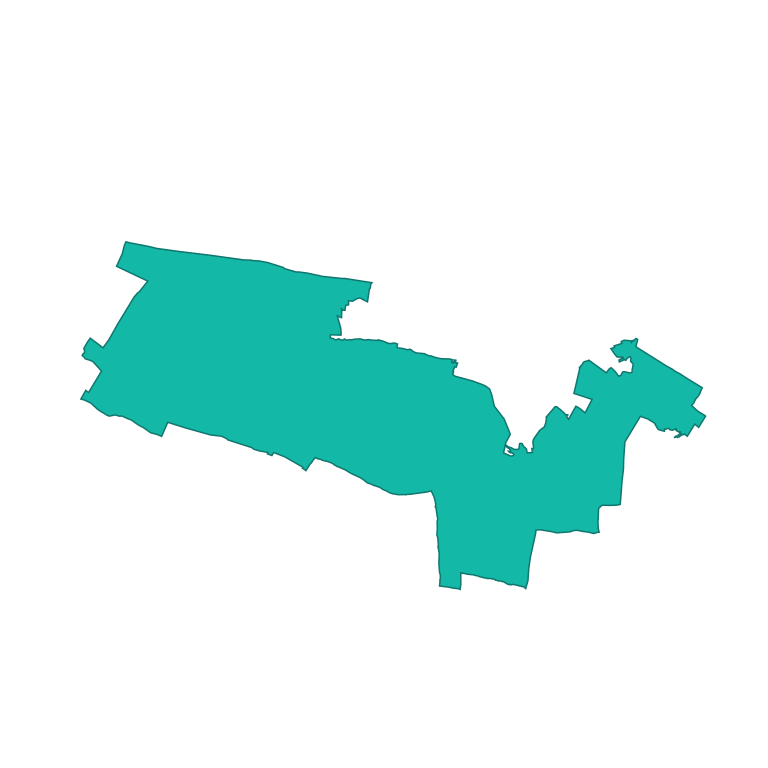 outline of Beresti-Meria, Galati, Romania, rotated 120°
{"feature_id": "2599482B493260480415", "entity_name": "Beresti-Meria", "entity_type": "district", "adm_level": 2, "iso_a3": "ROU", "parent_name": "Romania", "parent_adm1": "Galati", "projection": "albers", "projection_center": [27.919, 46.071], "detail": "fine", "context": "isolated", "style": "filled", "palette": "teal", "viewbox_px": 768, "rotation_deg": 120, "n_neighbors": 0, "source": "geoboundaries", "source_scale": "gbopen_adm2", "svg_char_len": 6163}
<svg xmlns="http://www.w3.org/2000/svg" viewBox="0 0 768 768"><g transform="rotate(120 384 384)"><path d="M526.4,237.3L526.5,237.0L531.2,234.9L527.6,226.5L526.5,222.8L524.0,216.9L523.9,215.4L519.0,217.3L509.2,223.1L508.9,221.5L508.4,221.2L508.1,219.9L507.5,218.9L507.5,217.8L506.9,216.4L504.5,211.0L504.1,208.9L503.1,206.2L503.2,205.2L502.0,201.6L502.0,200.6L501.3,199.5L500.9,197.4L499.2,194.5L498.9,193.0L498.2,192.4L497.9,190.4L498.2,189.3L497.7,188.5L497.2,185.9L496.3,184.8L496.2,183.1L495.4,181.8L495.6,180.4L495.3,179.5L495.7,178.6L495.4,178.0L495.6,177.1L495.3,175.7L494.7,175.2L494.8,174.0L493.4,172.6L492.2,169.9L491.9,168.2L491.3,167.2L491.4,166.4L491.0,165.9L491.1,165.5L490.5,164.5L490.6,163.9L489.8,161.5L490.3,159.0L482.4,161.0L472.0,166.1L460.9,170.6L437.8,177.9L434.5,179.4L432.0,175.5L430.9,172.6L428.3,165.7L426.5,159.9L419.0,148.9L416.0,146.4L414.1,143.5L412.1,137.6L410.4,133.8L408.5,127.4L405.7,124.9L404.8,123.6L401.8,126.3L397.6,129.1L384.5,135.9L380.5,134.8L379.6,134.0L376.6,128.4L372.8,122.2L370.2,119.2L348.2,129.7L337.7,134.2L329.7,138.6L313.7,146.4L283.8,145.8L282.4,138.1L282.6,130.3L286.1,124.3L286.2,123.0L284.7,117.5L282.8,118.5L282.5,117.6L280.8,116.3L280.1,115.1L280.6,114.1L280.4,113.8L280.5,112.9L279.7,111.0L276.7,108.7L277.0,108.2L277.7,108.4L278.2,107.6L278.1,105.6L277.4,103.7L278.4,104.0L278.6,102.9L278.2,102.1L278.5,101.8L280.8,103.6L281.9,103.6L283.6,105.4L285.5,105.9L283.2,104.1L283.6,103.2L282.5,102.6L282.1,101.7L280.9,101.5L278.7,100.1L278.2,99.4L277.2,99.0L277.6,95.2L263.4,94.8L264.2,89.8L251.1,89.4L250.8,90.7L250.7,98.3L248.9,106.8L245.1,106.2L241.6,106.6L237.8,105.8L233.9,105.7L232.7,106.1L228.1,106.5L227.7,124.0L227.2,132.4L227.4,138.4L227.0,142.3L227.2,147.4L225.8,184.5L218.5,186.6L218.6,188.6L221.9,189.6L221.8,190.2L222.3,190.5L224.2,190.5L223.1,191.7L226.0,197.9L228.7,199.8L230.0,198.3L235.9,203.8L237.1,202.6L239.9,205.2L242.5,199.9L244.0,195.8L243.7,194.8L242.4,192.7L242.1,191.3L241.4,190.7L242.0,189.5L243.8,190.9L244.1,191.7L245.8,192.5L246.1,192.0L246.9,191.7L247.2,191.2L242.8,188.0L242.6,186.4L241.0,186.4L239.8,186.0L237.2,184.8L237.5,184.0L238.5,183.0L241.0,181.8L242.3,178.0L247.2,176.4L249.7,175.1L251.4,176.2L253.0,181.7L253.9,183.1L254.8,183.4L258.2,183.2L259.9,184.8L257.7,189.7L256.3,195.4L258.6,196.6L263.2,197.1L260.9,218.5L261.7,218.9L264.4,221.6L265.7,222.2L268.0,222.0L269.3,222.6L271.8,222.6L271.9,223.0L273.5,222.0L297.2,214.8L293.3,196.1L308.4,195.4L307.5,200.8L307.2,203.7L307.3,206.7L322.3,206.5L321.1,209.1L320.6,209.5L319.5,209.6L318.4,209.0L319.9,211.3L319.2,213.0L317.9,218.8L317.7,221.2L317.3,222.3L317.8,224.2L318.1,224.5L331.7,227.0L332.3,226.2L337.1,224.4L341.0,223.7L346.4,226.0L356.9,226.9L359.6,226.2L364.7,222.4L365.3,222.4L366.0,223.7L369.1,221.2L372.1,225.6L369.3,227.9L368.6,229.6L368.3,231.9L366.5,234.6L367.2,236.2L367.8,236.7L370.1,235.9L372.1,234.9L373.7,235.2L375.2,237.9L375.6,239.4L375.6,242.1L376.3,244.6L375.9,247.7L375.6,248.4L376.5,248.1L377.3,246.0L377.4,243.0L378.5,240.7L379.2,240.6L379.9,242.8L380.1,242.6L380.4,240.4L380.2,239.6L379.5,238.6L379.9,236.3L381.2,236.3L382.1,236.9L383.1,238.3L383.9,246.0L374.1,249.2L365.1,249.4L363.9,250.0L354.2,262.5L348.1,277.3L339.1,285.7L335.7,289.8L335.4,290.7L335.0,295.7L335.5,299.5L337.2,309.2L341.7,326.2L341.7,327.8L341.0,329.6L339.3,329.7L338.4,330.1L338.7,330.5L335.7,331.3L335.5,331.0L334.0,331.4L333.3,329.9L330.4,330.5L329.8,331.2L329.7,330.6L329.1,330.7L329.8,333.0L327.5,333.6L328.0,335.1L331.1,334.4L331.4,336.2L328.7,336.8L329.5,339.7L333.3,346.7L334.5,349.9L335.8,354.7L336.0,357.0L337.0,358.8L337.5,362.3L337.4,363.9L340.9,371.5L341.2,373.5L341.2,376.5L340.7,377.4L341.0,379.1L342.5,380.6L344.2,386.5L345.5,389.2L345.7,390.6L345.5,391.3L342.7,392.2L342.8,393.9L343.8,396.4L345.4,398.0L346.8,401.0L346.9,401.6L346.7,401.8L347.6,407.5L348.5,409.2L348.1,409.6L349.0,411.5L349.8,411.9L352.7,417.9L353.1,419.3L355.6,422.7L356.9,427.3L360.1,432.2L362.0,434.1L362.8,436.0L364.8,438.3L364.7,440.7L367.0,441.9L367.5,444.2L367.5,446.0L368.6,446.4L370.2,448.6L370.0,450.3L370.9,453.9L368.1,454.8L363.2,445.7L362.3,446.0L357.1,449.5L348.4,458.5L348.0,456.6L348.2,455.4L347.8,454.0L342.4,456.8L340.2,458.5L340.0,458.0L341.0,457.3L339.7,454.6L337.4,455.7L334.7,456.4L333.5,454.5L332.8,454.4L329.7,456.4L328.1,452.7L323.4,449.9L321.6,448.0L321.3,446.8L321.5,445.8L321.1,439.4L309.1,444.1L308.0,443.8L304.3,445.3L302.3,445.1L312.3,471.0L313.5,472.9L321.5,490.9L326.2,505.6L329.3,513.2L331.0,516.3L333.7,527.3L333.7,528.4L333.4,529.2L336.9,545.1L339.8,553.5L342.9,559.7L343.0,560.7L346.7,567.5L358.9,597.7L371.6,627.5L380.3,648.8L382.3,655.9L388.8,674.6L389.9,678.6L394.1,678.1L401.9,675.8L415.8,674.5L413.0,640.0L426.2,642.0L428.7,643.0L433.7,643.9L465.0,644.6L483.0,644.4L493.1,645.4L491.2,661.3L496.3,661.8L503.5,661.7L504.4,660.3L506.3,659.1L509.0,659.8L509.7,659.8L510.5,659.3L510.4,657.9L511.5,655.5L511.5,654.9L510.5,650.7L510.1,647.5L514.0,635.1L539.1,635.6L538.6,639.1L548.6,639.0L547.7,635.6L547.1,628.4L549.1,619.5L549.4,616.0L549.5,608.4L549.3,606.3L548.9,605.5L545.2,601.3L544.1,596.9L542.9,595.2L542.6,593.9L542.2,588.6L541.5,584.9L542.2,577.4L542.3,573.2L542.0,571.4L542.9,561.7L541.2,555.6L540.5,550.4L525.3,552.1L521.2,533.7L514.9,508.9L510.5,498.7L510.0,493.2L510.5,491.3L505.2,466.8L505.6,464.3L504.3,458.7L501.3,450.3L502.8,450.0L502.0,445.3L498.9,445.3L498.3,444.3L496.7,433.4L496.6,412.7L497.8,412.5L497.7,410.7L498.1,408.3L490.7,408.0L488.2,407.4L485.0,407.3L481.9,406.5L481.9,403.8L480.9,401.2L481.0,399.6L479.2,393.6L478.7,390.6L478.6,387.6L479.0,385.9L478.7,384.6L478.9,383.3L478.5,381.7L477.7,374.0L477.9,369.6L477.8,366.3L477.0,358.2L477.1,354.4L477.9,349.6L477.9,348.2L477.4,346.6L476.8,341.6L476.6,341.7L476.1,338.1L475.6,336.2L475.9,332.3L475.4,328.5L475.4,324.9L474.8,321.9L472.8,316.4L469.5,310.9L469.2,310.0L468.0,308.7L466.7,306.6L456.7,293.6L453.0,289.6L456.7,284.3L460.4,280.6L462.8,278.7L464.5,278.3L465.0,277.9L464.8,277.4L472.1,271.7L473.7,270.1L476.6,269.2L482.4,265.6L488.2,262.8L490.4,260.4L497.1,255.9L497.9,255.5L498.0,255.8L503.2,251.4L511.9,246.8L519.4,241.7L521.3,239.7L524.1,238.1L526.4,237.3Z" fill="#14b8a6" stroke="#0f766e" stroke-width="1.5"/></g></svg>